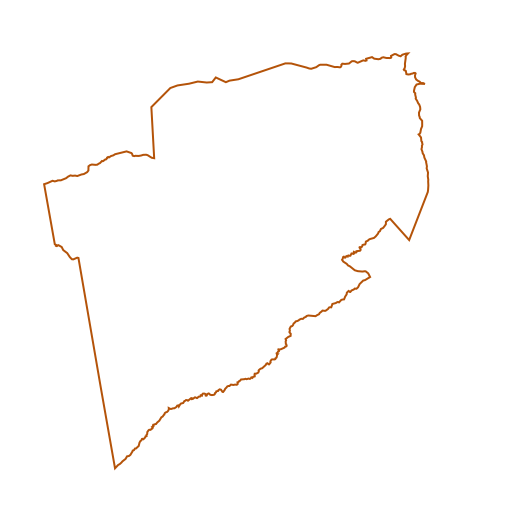 outline of Jáchal, San Juan, Argentina, rotated 80°
{"feature_id": "61730980B94061248290097", "entity_name": "Jáchal", "entity_type": "district", "adm_level": 2, "iso_a3": "ARG", "parent_name": "Argentina", "parent_adm1": "San Juan", "projection": "orthographic", "projection_center": [-68.237, -30.298], "detail": "fine", "context": "isolated", "style": "outline", "palette": "amber", "viewbox_px": 512, "rotation_deg": 80, "n_neighbors": 0, "source": "geoboundaries", "source_scale": "gbopen_adm2", "svg_char_len": 6007}
<svg xmlns="http://www.w3.org/2000/svg" viewBox="0 0 512 512"><g transform="rotate(80 256 256)"><path d="M91.2,333.2L142.0,339.3L141.1,341.7L137.9,345.2L137.2,346.6L136.8,349.5L137.1,351.7L137.1,354.2L136.4,357.3L136.5,358.4L136.1,359.5L135.8,360.0L133.9,360.3L133.0,360.8L130.5,365.3L131.3,377.1L132.1,379.0L132.4,381.5L133.4,383.7L132.8,384.3L132.9,384.8L133.3,385.6L134.0,385.8L134.8,386.9L134.7,387.6L136.0,390.1L136.0,390.7L135.7,391.2L137.4,393.5L137.8,395.0L138.5,396.4L138.4,398.1L137.4,401.8L137.7,403.7L138.6,405.4L142.7,406.2L144.1,407.7L145.4,411.3L145.4,413.7L146.2,418.1L145.4,420.2L145.2,422.7L144.4,424.7L145.2,427.3L146.4,429.5L147.6,435.1L147.1,438.1L147.4,438.9L147.6,441.2L146.6,443.3L148.0,448.7L148.5,452.2L209.5,452.1L210.4,450.9L211.2,451.3L211.5,451.0L211.7,450.4L211.0,449.1L211.0,448.7L213.4,445.8L216.7,444.8L220.4,441.4L224.8,439.5L227.2,437.9L227.6,436.5L226.6,432.4L227.1,431.2L358.4,431.7L440.6,431.7L437.9,428.1L437.2,426.2L436.0,424.3L435.1,423.3L433.2,419.7L430.9,417.8L430.9,415.9L430.1,414.3L426.9,411.5L426.2,411.2L426.0,409.9L424.6,408.6L424.7,407.6L422.7,404.5L419.5,403.1L418.1,401.9L417.7,400.9L416.4,400.1L416.3,399.6L416.9,398.7L415.4,396.6L414.5,396.2L414.3,395.0L413.3,395.0L412.5,394.1L410.5,393.6L408.9,392.0L408.6,391.3L408.9,390.0L408.1,388.9L408.0,388.2L407.3,387.5L406.3,388.0L405.8,386.6L404.7,386.8L404.3,386.4L404.4,385.2L404.0,384.5L404.1,383.6L402.8,382.2L401.4,379.8L398.4,377.2L397.9,375.8L396.2,374.1L396.2,373.8L394.9,373.1L394.4,372.2L394.1,370.6L393.2,369.4L391.8,368.4L390.6,368.3L391.7,366.9L391.9,366.0L391.6,364.1L391.8,362.8L390.8,360.5L389.7,359.6L389.6,358.3L390.8,358.1L388.9,356.4L388.3,355.6L388.1,353.2L386.4,351.7L386.3,350.8L385.7,349.9L386.0,348.8L386.7,348.1L384.7,344.5L384.8,344.0L385.8,344.0L385.8,343.7L385.7,342.8L384.6,340.8L384.7,340.2L385.6,339.1L385.7,338.6L384.6,336.9L384.7,335.4L384.3,334.8L383.5,334.6L383.5,334.0L384.0,333.4L382.8,332.8L382.3,332.1L382.6,330.6L383.2,329.7L384.7,329.8L384.9,329.5L384.9,328.9L383.5,327.8L383.1,326.7L383.5,325.9L384.3,325.6L384.8,325.0L385.3,323.7L385.4,322.4L385.3,321.2L384.9,320.6L383.9,320.2L383.4,319.1L382.4,318.6L382.3,316.7L381.6,316.3L381.0,314.9L381.6,313.7L384.0,312.6L384.2,312.0L382.7,310.3L381.4,309.4L380.3,307.8L379.5,307.0L379.2,305.8L379.4,304.7L378.3,303.0L379.1,300.6L379.0,299.0L379.5,297.3L378.8,296.2L377.2,296.2L377.0,295.0L376.3,294.4L376.1,293.4L375.0,292.2L375.3,288.8L375.1,287.7L375.7,286.6L375.4,284.7L376.0,283.4L375.4,282.2L374.7,281.6L374.9,280.9L375.3,280.6L374.5,279.8L374.4,278.2L374.0,278.0L372.7,278.1L371.7,277.7L371.9,276.1L371.2,274.0L370.2,273.3L369.2,273.3L368.6,272.6L367.8,271.1L367.6,269.4L365.0,265.3L363.8,264.4L363.6,263.3L364.8,262.5L365.0,261.9L363.4,260.1L362.2,260.1L360.8,258.8L360.6,258.1L361.1,255.6L360.9,254.9L360.2,254.7L359.8,253.7L359.4,253.3L356.9,252.3L356.5,251.8L356.3,252.5L355.4,252.6L354.9,251.6L354.2,251.1L353.8,250.0L353.3,249.8L352.2,250.3L351.8,250.1L352.2,248.9L352.1,247.5L351.2,243.9L350.3,243.0L350.4,242.3L349.8,241.4L348.3,241.5L347.8,241.9L345.2,241.6L344.3,241.0L342.9,241.3L341.3,238.3L340.7,235.8L338.6,235.3L337.0,236.3L336.4,236.2L335.6,235.6L333.6,235.6L331.5,234.0L331.2,232.4L330.3,231.4L329.0,230.7L328.3,229.3L327.3,228.3L327.2,226.6L326.8,225.2L326.2,224.3L325.7,222.3L326.1,220.8L325.0,219.2L324.6,217.4L323.9,216.7L323.8,215.9L323.7,214.7L325.6,207.8L324.8,206.0L324.3,204.1L323.1,203.1L322.1,201.1L321.3,200.0L322.0,197.6L322.0,197.0L320.7,194.3L319.4,193.0L319.3,192.1L319.6,190.8L316.5,189.1L316.2,185.6L315.7,184.5L315.5,183.3L316.1,182.3L314.1,179.7L313.9,178.6L314.0,176.8L311.4,175.2L309.5,173.4L307.9,172.9L306.9,171.5L306.5,170.8L307.8,169.7L307.8,169.4L306.5,167.8L306.0,165.6L305.2,164.3L305.7,163.1L305.6,162.6L304.5,160.9L301.6,158.8L298.8,154.7L298.7,152.9L296.5,147.3L292.6,148.5L290.2,150.6L289.9,151.4L289.8,153.9L288.6,158.4L287.2,161.2L282.4,165.4L281.3,167.0L279.5,168.0L276.7,171.0L274.7,171.9L274.1,171.3L272.1,170.3L271.9,169.6L273.0,168.9L273.1,168.3L271.8,167.0L272.5,165.8L271.7,165.4L271.5,165.0L272.1,163.6L272.1,163.0L270.1,161.5L270.9,159.5L270.4,159.0L269.4,159.2L268.9,158.9L269.9,157.7L270.0,157.0L269.8,156.5L268.8,156.4L268.7,156.0L268.9,152.7L268.3,152.0L267.5,151.8L265.7,152.6L265.3,152.4L265.6,150.5L264.8,149.7L263.7,149.2L263.5,148.1L263.6,146.6L263.0,146.0L260.9,145.3L260.3,143.1L259.6,142.3L259.1,140.9L258.7,136.7L257.5,134.7L255.1,131.9L253.7,131.1L253.1,129.7L251.1,128.3L250.4,125.9L248.6,123.9L247.3,122.6L244.8,122.1L243.0,118.8L242.7,117.4L266.9,102.4L222.8,75.7L220.6,75.0L216.4,74.0L212.4,73.5L210.8,73.1L207.3,73.0L203.7,72.1L199.3,72.7L197.3,72.1L193.0,72.2L192.5,72.0L188.3,73.1L186.0,73.1L183.8,74.0L182.1,74.0L179.5,74.5L177.5,73.6L176.3,73.5L174.9,72.6L173.3,72.8L172.7,72.6L171.5,73.2L167.9,72.9L164.5,74.7L164.2,73.8L163.2,72.8L159.5,71.4L157.2,69.9L155.9,69.6L151.7,68.9L148.7,70.7L147.2,70.7L146.1,71.0L143.1,70.6L140.1,68.7L137.7,68.5L135.0,69.0L133.9,69.7L131.1,70.4L128.8,71.4L127.7,71.0L124.7,71.2L123.4,70.9L121.9,71.9L120.9,71.8L117.3,70.3L115.0,68.1L114.8,64.5L115.9,59.8L114.7,61.4L114.4,63.4L112.6,64.7L111.9,65.8L110.0,67.6L107.6,68.3L105.9,68.1L103.9,67.1L103.3,67.6L103.1,68.8L103.5,70.0L103.5,71.8L103.8,72.4L103.7,74.5L103.0,76.3L99.8,76.3L99.2,76.8L98.9,77.7L98.1,78.1L96.7,76.9L94.9,76.2L92.7,76.0L86.8,74.1L85.7,74.1L84.4,73.1L82.9,71.1L82.7,73.1L83.2,76.9L84.4,78.9L83.5,80.7L81.5,83.2L81.2,84.6L82.4,88.3L83.9,88.3L84.3,88.8L84.3,89.8L83.6,93.3L82.4,96.1L82.6,98.0L83.4,99.1L83.5,101.2L82.2,105.3L80.3,107.2L80.9,113.3L82.6,113.2L82.8,114.4L82.0,116.2L82.1,117.1L83.3,122.0L83.3,122.5L81.4,124.9L80.9,126.7L80.9,127.9L82.6,131.0L82.3,135.1L81.6,137.6L82.4,138.7L83.2,138.7L84.0,139.2L84.6,139.8L84.8,140.5L84.0,142.9L83.6,145.7L79.9,153.3L78.8,159.5L79.0,160.7L80.5,163.9L81.2,169.1L80.6,171.0L79.2,173.5L72.5,187.9L71.4,193.6L78.9,242.7L78.7,251.6L79.6,255.5L73.2,264.6L77.2,269.0L76.6,274.4L74.1,283.0L74.7,292.0L74.4,303.7L75.7,311.2L91.2,333.2Z" fill="none" stroke="#b45309" stroke-width="2"/></g></svg>